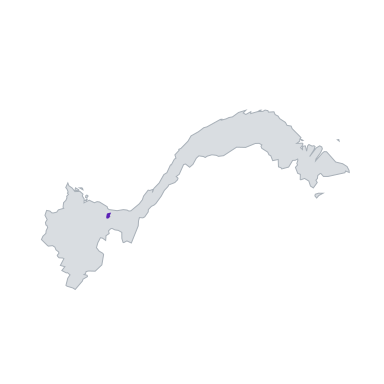 location of Vinh Loc, Thanh Hóa, Vietnam, rotated 256°
{"feature_id": "81297802B11071874803157", "entity_name": "Vinh Loc", "entity_type": "district", "adm_level": 2, "iso_a3": "VNM", "parent_name": "Vietnam", "parent_adm1": "Thanh Hóa", "projection": "natural_earth1", "projection_center": [105.68, 20.04], "detail": "fine", "context": "in_parent", "style": "filled", "palette": "violet", "viewbox_px": 384, "rotation_deg": 256, "n_neighbors": 0, "source": "geoboundaries", "source_scale": "gbopen_adm2", "svg_char_len": 4804}
<svg xmlns="http://www.w3.org/2000/svg" viewBox="0 0 384 384"><g transform="rotate(256 192 192)"><path d="M230.8,73.7L227.9,74.0L224.8,76.7L220.7,78.5L219.7,83.4L216.3,85.7L214.7,84.6L211.3,85.7L207.6,84.6L208.9,90.3L205.2,94.7L205.6,97.6L204.7,99.8L198.3,106.1L196.4,106.2L195.0,107.3L192.0,114.8L191.5,121.1L190.2,124.6L188.8,126.1L188.5,128.1L193.3,138.0L196.5,142.0L199.7,144.0L204.4,149.9L203.7,151.4L204.0,154.7L201.8,153.8L202.0,154.1L204.7,155.9L208.7,162.3L215.7,168.9L216.8,172.3L223.5,177.7L223.3,178.5L228.1,182.8L228.7,184.6L232.2,184.4L235.5,189.5L236.6,189.5L236.9,191.7L242.2,200.3L246.7,204.7L248.9,212.8L251.5,218.9L251.6,222.3L255.6,237.2L255.3,239.2L254.6,237.2L254.7,242.9L255.3,245.9L255.1,249.5L257.9,256.4L258.3,264.0L256.3,260.8L254.2,263.0L255.7,268.5L253.9,267.9L254.1,275.2L254.9,277.8L254.7,278.7L253.8,276.8L253.1,280.3L253.8,282.7L252.6,285.3L251.0,285.5L250.0,290.9L247.0,291.4L244.8,293.9L242.0,294.8L236.9,299.5L233.7,300.3L232.0,304.1L229.2,304.5L218.5,310.9L217.2,309.4L215.3,308.8L213.8,305.3L212.7,310.9L211.9,311.3L210.3,310.2L208.7,308.0L206.5,309.5L209.0,310.0L209.6,311.4L209.3,313.1L203.9,313.1L208.7,315.3L209.8,316.9L207.5,319.6L207.4,321.5L206.3,322.4L203.6,320.7L197.9,314.7L204.7,323.2L205.9,327.1L204.3,328.8L202.3,328.9L199.1,326.3L194.0,320.2L192.3,319.4L198.3,328.1L199.2,330.0L198.5,332.3L186.3,338.7L183.0,345.0L179.2,348.6L175.1,349.6L172.9,349.3L175.2,346.1L173.7,345.0L174.2,327.8L175.3,323.3L178.8,321.5L178.8,320.6L177.6,318.0L174.8,317.0L173.5,315.1L170.9,315.8L166.6,310.7L169.1,308.4L174.4,308.0L177.9,304.5L177.5,300.5L177.9,300.0L182.9,301.4L184.5,299.1L190.9,298.3L192.7,301.0L194.3,300.6L197.2,302.4L198.4,302.5L197.8,299.8L198.3,297.3L192.8,291.8L192.7,284.6L194.0,284.2L195.5,282.0L202.7,283.5L202.9,277.9L208.2,277.2L209.4,275.7L212.4,275.1L217.5,270.3L219.7,270.0L220.8,271.2L222.9,269.0L223.8,265.3L222.3,254.8L224.7,246.1L219.6,231.4L220.2,226.3L221.7,224.5L223.3,220.3L223.1,215.5L222.3,213.2L223.7,211.6L225.4,207.4L223.8,204.4L218.6,199.6L216.6,195.7L220.7,192.5L220.7,190.5L212.3,183.9L210.8,180.4L208.8,181.8L207.3,180.9L205.3,177.6L204.5,171.1L203.1,170.0L200.2,165.5L195.5,161.2L189.7,154.3L188.6,152.3L187.9,149.1L185.5,145.4L183.3,144.7L179.3,140.1L178.8,138.1L179.9,134.8L177.1,133.2L172.1,131.6L157.2,120.8L160.3,117.0L159.4,113.5L159.8,112.9L163.9,112.7L169.8,114.1L172.6,111.2L173.9,108.0L176.0,105.6L176.0,104.2L174.5,101.6L171.8,101.6L170.4,98.0L165.9,96.5L168.8,94.1L169.8,92.1L165.6,88.4L161.1,85.8L157.1,87.6L154.1,90.6L152.7,91.1L143.1,86.9L138.6,78.9L140.4,72.4L140.4,70.0L138.5,68.9L138.0,67.3L136.6,70.1L135.2,70.1L133.8,65.2L132.1,64.1L125.7,55.1L127.7,53.2L130.8,48.0L131.9,47.1L138.4,50.6L141.1,53.6L143.9,51.6L143.9,50.5L147.3,46.7L150.3,50.6L152.6,46.5L158.3,51.6L159.2,50.6L160.3,47.1L162.0,46.1L163.2,45.9L164.7,48.0L166.1,48.1L168.8,46.0L171.7,45.6L173.7,43.7L174.2,39.6L174.9,38.9L182.3,34.4L185.2,36.7L187.2,40.2L189.7,41.1L192.5,43.4L194.6,43.1L195.3,42.3L197.9,42.4L200.3,44.8L205.0,43.7L209.3,46.5L207.9,49.5L205.7,50.9L205.2,52.5L205.2,55.9L207.0,58.0L207.2,63.6L208.4,63.2L212.7,64.8L214.4,67.6L216.5,69.2L218.2,69.4L219.6,71.6L221.1,70.8L221.8,71.8L224.8,71.5L226.9,70.6L230.8,73.7ZM160.0,311.1L160.2,314.6L159.1,318.8L157.9,314.2L156.0,311.5L158.5,310.3L160.0,311.1ZM224.2,80.0L221.6,82.6L220.6,82.6L221.9,78.8L224.2,80.0ZM213.9,90.0L213.1,90.1L211.7,88.3L212.5,87.4L214.1,88.1L214.5,88.9L213.9,90.0ZM222.7,86.2L221.7,86.7L220.5,86.7L223.2,83.9L222.7,86.2ZM209.6,86.1L210.7,88.9L209.2,87.5L209.6,86.1ZM217.3,309.9L215.2,312.3L215.1,311.2L217.3,309.9ZM207.4,347.1L205.8,347.1L207.5,345.7L207.4,347.1Z" fill="#d9dde1" stroke="#a8b0b8" stroke-width="1"/><path d="M187.5,104.4L187.5,104.5L187.8,104.6L188.0,104.6L188.2,104.8L188.3,104.8L188.3,105.0L188.2,105.0L188.0,104.9L187.9,104.9L187.8,105.0L187.9,105.4L188.0,105.5L188.3,105.5L188.5,105.6L188.8,105.6L188.8,105.8L189.0,105.7L189.3,105.7L189.5,105.6L189.6,105.8L189.8,105.9L189.8,106.0L190.0,106.0L190.3,106.1L190.4,106.3L190.4,106.5L190.5,106.6L190.7,106.8L190.7,106.7L190.7,106.8L190.8,106.8L191.0,106.9L191.0,106.7L191.0,106.8L191.0,106.7L191.0,106.4L190.9,106.4L190.8,106.2L190.7,106.0L190.7,105.9L190.8,105.9L191.0,105.8L191.0,105.7L191.0,105.4L191.0,105.2L191.0,104.9L190.9,104.7L190.7,104.6L190.6,104.8L190.4,104.8L190.4,105.0L190.2,105.2L189.9,105.0L189.9,104.9L189.7,104.9L189.6,105.0L189.5,104.9L189.4,104.9L189.4,104.6L189.5,104.6L189.6,104.4L189.5,104.2L189.4,104.1L189.5,104.0L189.4,103.9L189.2,103.8L189.0,104.0L189.0,103.9L189.0,104.0L189.0,103.9L188.9,103.9L188.8,104.0L188.7,104.0L188.7,103.9L188.4,103.8L188.3,103.7L188.2,103.7L188.1,103.4L187.9,103.4L187.8,103.5L187.8,103.4L187.7,103.4L187.7,103.5L187.6,103.8L187.4,103.8L187.3,104.0L187.4,104.3L187.5,104.4Z" fill="#8b5cf6" stroke="#5b21b6" stroke-width="1.5"/></g></svg>